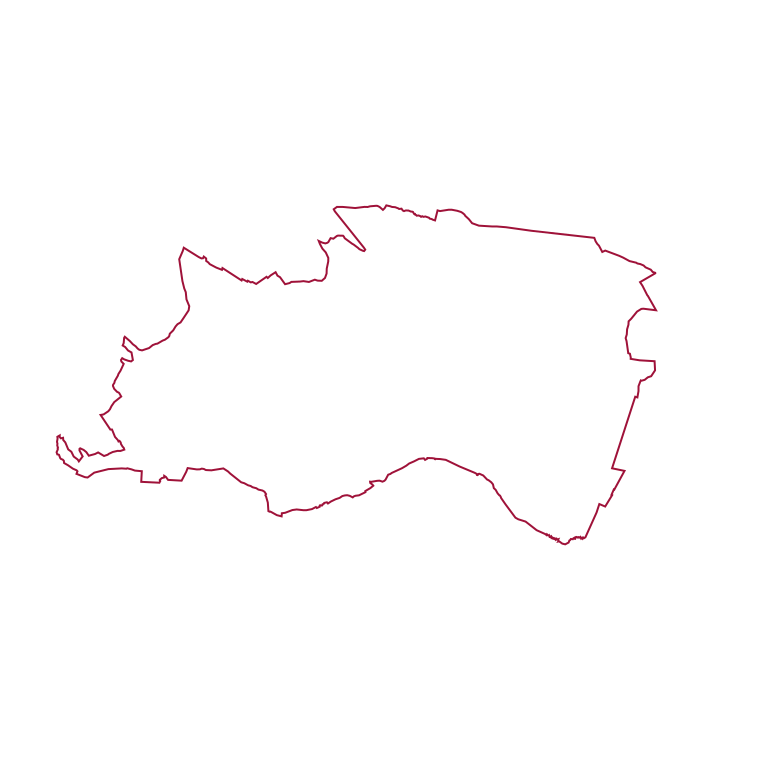 Sarbi, Bihor, Romania (orthographic projection), rotated 121°
{"feature_id": "2599482B57220998873556", "entity_name": "Sarbi", "entity_type": "district", "adm_level": 2, "iso_a3": "ROU", "parent_name": "Romania", "parent_adm1": "Bihor", "projection": "orthographic", "projection_center": [22.14, 47.176], "detail": "fine", "context": "isolated", "style": "outline", "palette": "rose", "viewbox_px": 768, "rotation_deg": 121, "n_neighbors": 0, "source": "geoboundaries", "source_scale": "gbopen_adm2", "svg_char_len": 6166}
<svg xmlns="http://www.w3.org/2000/svg" viewBox="0 0 768 768"><g transform="rotate(121 384 384)"><path d="M477.0,630.5L478.3,630.5L483.0,628.2L485.6,627.8L485.6,624.9L487.1,620.7L487.0,616.7L492.8,611.6L494.9,612.4L495.9,615.4L496.7,619.4L496.7,621.7L498.9,621.8L500.0,620.7L500.8,617.5L508.3,616.7L512.2,616.8L514.0,616.4L520.1,616.3L521.9,615.7L524.2,615.8L525.2,615.4L527.1,612.8L528.2,608.8L528.0,607.0L528.2,606.2L530.1,602.8L538.4,605.9L543.4,606.2L546.8,605.9L549.4,606.3L554.5,608.7L556.5,611.0L564.0,595.1L563.1,593.7L567.9,587.3L569.1,583.4L570.0,582.0L569.0,581.4L569.7,579.6L570.8,578.7L572.3,575.9L572.8,574.2L574.0,572.8L577.1,575.4L578.6,578.0L582.0,581.5L585.6,583.9L586.9,584.4L589.9,586.9L589.9,593.8L592.8,595.6L597.5,600.1L595.7,604.1L595.2,607.5L595.6,611.3L596.4,611.6L597.8,610.8L601.3,605.0L607.5,605.7L606.5,607.7L606.0,612.6L603.1,617.1L602.7,621.0L598.2,627.1L597.2,630.1L595.4,631.4L597.0,633.0L596.5,634.7L595.1,635.5L597.5,636.8L598.9,635.7L602.0,634.5L603.3,633.2L604.9,632.5L606.6,630.6L607.1,630.7L608.1,629.9L611.1,629.5L612.6,627.8L612.1,626.5L612.1,626.1L614.2,623.5L614.6,622.5L614.3,620.3L614.7,618.9L616.5,617.5L616.4,613.0L616.8,607.0L616.3,603.1L616.7,601.8L619.4,601.3L617.9,592.4L616.8,589.9L609.2,586.7L598.9,576.4L591.4,565.3L589.3,561.2L588.5,560.7L587.2,556.4L586.5,552.9L583.5,546.7L592.9,541.7L584.3,525.7L582.5,525.8L582.3,526.4L581.6,526.8L579.1,526.0L577.4,524.3L575.9,525.1L576.0,523.0L577.4,519.7L571.1,507.7L561.1,508.3L557.2,509.0L553.7,500.6L552.0,497.9L550.4,496.6L549.6,494.6L549.5,492.4L546.9,487.5L539.1,478.2L539.3,472.7L540.0,469.6L541.8,455.8L541.0,452.7L540.8,448.2L540.1,445.8L540.2,443.6L539.1,439.7L539.2,437.3L537.9,433.3L537.9,431.0L539.1,428.4L540.4,428.4L541.3,427.0L545.5,422.5L552.5,417.6L552.4,416.3L552.0,416.0L551.8,414.6L551.6,408.3L550.2,403.6L547.4,405.0L545.3,402.4L539.2,397.6L536.5,394.2L533.6,387.9L532.2,385.6L528.3,381.3L524.5,379.0L524.9,377.7L522.3,375.9L521.3,376.5L520.8,376.3L520.2,374.6L519.4,374.4L518.8,374.7L517.4,373.8L516.7,374.0L514.8,372.0L515.3,370.5L512.1,369.0L507.8,366.2L504.5,363.4L501.5,362.0L499.7,360.2L498.3,358.3L497.5,355.8L497.3,352.4L495.9,352.0L494.5,350.9L492.3,348.1L486.3,344.2L485.4,344.9L480.3,342.1L476.7,340.8L476.2,342.1L475.9,344.8L474.9,345.6L474.3,344.4L470.5,340.0L469.1,337.9L468.5,335.0L466.8,333.8L465.2,333.4L459.6,333.7L457.8,332.2L456.3,331.6L446.9,325.2L442.5,322.8L439.2,321.5L435.0,318.5L430.2,315.5L427.2,311.6L427.9,309.7L425.8,308.5L425.1,308.7L422.6,304.2L421.8,302.2L422.2,301.7L422.0,301.2L421.5,301.1L419.4,297.2L417.2,292.0L415.8,276.8L413.4,260.5L413.3,258.3L414.1,257.5L414.0,257.0L413.5,256.7L412.4,256.7L411.8,256.0L411.3,251.8L412.8,246.4L412.6,244.8L413.0,241.4L413.9,238.9L416.7,236.2L417.2,233.8L419.2,230.3L420.0,227.8L419.9,227.1L420.7,225.7L421.4,224.9L424.6,217.8L430.9,202.5L430.8,199.2L429.0,191.8L430.7,177.9L429.6,168.6L429.8,166.8L428.9,166.9L429.2,165.4L429.1,164.4L428.6,164.4L429.0,163.5L429.8,163.1L429.6,162.4L428.6,162.1L429.5,161.2L428.8,160.8L428.9,160.3L429.6,159.9L429.4,159.1L428.7,159.4L428.5,159.2L428.7,158.1L428.3,157.9L428.2,157.2L429.0,157.3L429.2,156.5L427.7,156.3L428.0,155.3L427.2,154.6L428.0,154.5L428.5,153.5L429.2,153.5L428.8,153.1L428.7,152.1L429.0,149.0L428.1,146.1L424.8,144.1L422.7,144.5L422.1,144.1L420.6,144.0L419.8,142.2L418.8,142.2L417.9,141.7L418.5,141.0L418.3,140.4L417.9,140.4L417.2,141.2L416.2,140.6L416.0,140.3L415.9,139.0L415.2,138.7L414.9,138.0L415.2,137.7L414.7,136.9L414.1,136.8L415.0,135.4L413.9,135.1L414.3,134.0L413.8,134.0L413.5,134.8L413.3,134.7L412.9,134.3L413.0,133.1L411.7,132.4L384.7,135.6L376.0,137.6L375.1,131.3L361.8,131.2L361.9,131.9L356.0,132.7L356.0,132.2L334.6,133.1L338.8,145.1L265.5,162.1L265.0,159.9L259.0,162.2L254.8,164.7L249.8,165.6L248.7,165.7L248.7,165.1L246.2,162.7L242.4,161.3L239.7,159.0L232.7,158.7L225.1,163.8L232.0,177.0L235.4,185.5L234.1,186.2L231.4,188.8L231.8,190.5L222.3,198.2L220.2,200.5L216.5,201.4L211.9,203.8L207.3,205.0L204.3,206.6L200.7,205.7L191.6,204.4L187.1,202.1L185.9,200.5L180.7,188.8L172.5,203.3L172.4,203.9L166.7,213.0L164.8,217.0L149.4,208.5L149.0,208.8L149.6,211.4L148.6,214.2L149.3,219.9L148.7,222.5L149.2,226.1L150.2,228.9L150.1,230.2L152.2,236.9L152.5,244.1L153.0,248.4L155.7,263.1L158.4,264.9L154.7,271.0L154.1,273.3L152.7,276.1L150.4,279.0L176.8,336.7L186.8,360.2L191.0,368.7L193.3,372.5L199.4,384.2L200.8,391.3L199.0,396.2L198.0,401.0L197.3,402.3L196.9,404.9L196.9,406.6L197.8,410.4L199.7,415.6L201.3,418.3L206.9,425.0L207.6,427.5L217.5,424.5L218.1,427.1L218.0,427.9L218.7,430.0L218.3,431.0L219.1,434.8L220.4,436.3L220.5,437.6L221.6,438.3L221.4,439.1L221.7,441.1L222.9,442.7L222.6,443.6L222.8,444.5L222.3,445.0L222.7,445.5L222.7,445.8L221.6,447.8L221.8,448.8L222.3,449.6L222.7,452.3L224.0,454.7L225.5,455.9L225.6,457.3L224.7,459.3L226.2,461.2L226.1,462.1L226.7,465.5L228.1,468.3L228.5,470.4L229.7,474.0L233.1,474.0L235.3,474.6L234.5,479.0L234.7,481.3L235.2,482.4L238.9,487.5L240.7,489.2L242.2,491.9L248.0,499.3L253.3,510.2L256.4,515.5L260.1,517.1L261.3,515.1L277.5,471.4L278.5,469.3L280.3,469.5L280.7,470.8L281.1,474.5L280.7,476.3L280.1,482.0L280.2,483.3L279.3,492.7L278.3,494.4L278.0,495.5L280.5,499.9L281.5,500.7L285.5,502.2L286.5,504.9L291.1,504.8L292.3,505.4L293.7,506.7L294.6,509.7L295.0,513.6L297.0,511.0L299.7,506.5L301.2,501.7L304.6,496.7L307.7,494.9L314.6,492.5L318.9,490.1L323.5,489.2L327.6,490.5L329.6,494.2L330.2,497.0L335.2,500.9L337.3,506.0L339.4,508.7L344.2,516.0L346.1,516.9L349.4,520.2L346.0,528.1L346.0,531.1L344.0,534.5L349.3,537.1L353.0,538.2L352.6,539.9L364.1,545.1L364.3,549.3L365.5,550.5L365.6,553.9L366.7,553.9L367.0,559.6L368.6,559.4L367.8,582.2L369.6,581.7L370.6,587.7L371.0,595.1L370.3,597.2L370.1,599.8L368.0,601.1L367.6,604.1L369.4,603.9L370.4,605.2L370.6,608.1L370.3,625.8L373.6,625.0L382.5,623.8L399.6,609.8L405.0,604.4L407.4,601.2L413.2,596.9L417.6,591.0L421.5,589.4L430.6,589.8L436.0,590.1L439.1,591.8L442.1,592.3L446.5,592.3L451.2,593.5L453.4,592.8L454.9,592.9L458.9,594.6L460.8,596.1L466.1,599.0L467.2,600.3L469.8,602.3L474.2,603.9L479.8,608.7L480.7,611.4L480.5,613.4L479.6,616.2L479.3,619.7L478.1,623.9L477.0,630.5Z" fill="none" stroke="#9f1239" stroke-width="2"/></g></svg>